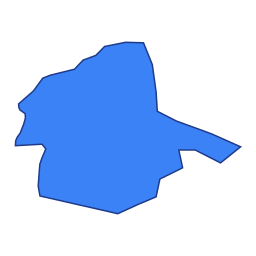 Rundales, Robinson projection
{"feature_id": "LVA-5738", "entity_name": "Rundales", "entity_type": "Municipality", "adm_level": 1, "iso_a3": "LVA", "parent_name": "Latvia", "parent_adm1": "", "projection": "robinson", "projection_center": [23.943, 56.407], "detail": "fine", "context": "isolated", "style": "filled", "palette": "blue", "viewbox_px": 256, "rotation_deg": 0, "n_neighbors": 0, "source": "natural_earth", "source_scale": "10m", "svg_char_len": 600}
<svg xmlns="http://www.w3.org/2000/svg" viewBox="0 0 256 256"><path d="M117.8,213.7L40.0,196.0L39.9,195.7L38.2,185.9L39.8,164.3L41.8,158.4L45.8,148.9L42.0,144.2L15.4,145.7L15.7,140.8L17.1,137.4L20.2,133.1L23.7,124.1L25.4,118.1L25.2,113.7L20.0,110.0L18.8,107.4L18.6,103.9L23.4,99.7L33.4,91.0L42.8,78.1L50.6,75.1L74.5,69.2L83.1,60.1L95.8,55.4L104.6,46.5L125.5,42.3L143.5,42.8L152.3,64.6L156.1,92.0L157.3,111.3L176.3,121.0L211.6,133.9L240.6,146.8L220.5,162.9L195.2,150.0L178.8,150.0L182.6,167.8L159.9,179.0L156.1,196.8L137.2,204.8L117.8,213.7Z" fill="#3b82f6" stroke="#1e3a8a" stroke-width="1.5"/></svg>